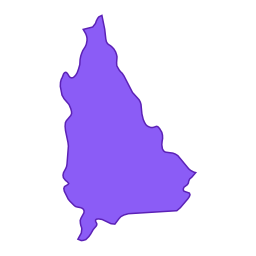 an SVG outline of Dâmbovita
{"feature_id": "ROU-130", "entity_name": "Dâmbovita", "entity_type": "County", "adm_level": 1, "iso_a3": "ROU", "parent_name": "Romania", "parent_adm1": "", "projection": "albers", "projection_center": [25.479, 44.942], "detail": "fine", "context": "isolated", "style": "filled", "palette": "violet", "viewbox_px": 256, "rotation_deg": 0, "n_neighbors": 0, "source": "natural_earth", "source_scale": "10m", "svg_char_len": 1975}
<svg xmlns="http://www.w3.org/2000/svg" viewBox="0 0 256 256"><path d="M195.7,172.6L191.7,177.3L189.8,178.8L188.8,180.9L188.3,183.2L187.3,184.7L184.0,187.2L183.4,188.6L183.3,190.0L184.0,191.2L189.4,193.1L190.0,194.8L189.3,196.7L187.8,198.9L180.3,207.7L176.8,210.7L128.4,213.7L123.9,215.0L120.9,216.6L119.1,218.5L114.9,224.1L111.0,223.7L102.2,219.5L98.6,218.9L96.4,219.2L95.6,220.0L95.6,221.4L96.8,223.7L96.8,224.9L96.1,226.2L94.0,228.6L93.0,229.9L90.6,234.1L88.9,236.5L85.8,239.6L83.1,240.4L81.3,240.6L77.9,239.2L81.3,233.0L81.8,228.9L81.5,227.3L80.8,225.4L80.4,223.4L80.2,220.4L81.0,218.2L83.9,212.9L84.1,210.9L83.4,209.3L82.2,208.3L80.8,207.7L77.2,207.0L75.5,206.5L74.2,205.5L69.9,201.2L68.2,199.1L64.3,191.2L63.8,188.5L64.5,186.6L68.1,184.4L68.7,183.4L67.3,181.8L65.5,180.4L63.4,177.7L63.0,175.2L63.5,172.7L65.8,168.4L66.6,166.4L67.0,164.1L68.4,146.1L68.0,142.6L65.5,130.6L65.1,126.3L65.4,122.7L66.4,120.7L70.8,115.5L71.6,113.6L71.5,111.5L70.8,108.8L69.0,104.5L64.1,98.8L62.0,95.1L60.3,86.4L60.5,82.2L61.3,79.2L62.1,77.8L63.6,73.9L64.4,72.9L65.3,72.3L66.4,72.5L67.4,73.5L69.2,76.4L70.3,77.5L71.6,77.9L73.1,77.6L74.4,76.6L75.9,74.9L77.2,72.7L78.5,69.1L79.8,64.6L80.1,59.4L80.8,55.9L81.8,53.0L82.8,50.6L85.3,46.6L86.3,44.3L87.0,40.6L87.0,38.0L86.5,35.8L85.7,33.7L83.2,29.4L92.7,27.0L95.5,23.4L96.3,21.0L97.7,18.3L98.8,16.9L101.9,15.4L104.7,29.2L105.8,39.0L106.4,41.7L107.5,43.6L109.0,44.8L110.6,45.8L112.1,47.1L113.8,48.9L115.6,51.9L116.5,54.5L117.0,56.7L116.9,58.5L116.6,62.7L116.8,65.8L119.1,69.9L120.5,71.7L122.2,73.3L124.0,76.0L132.5,92.5L139.1,99.8L140.3,102.1L141.0,104.5L141.9,113.9L143.2,119.4L144.4,122.2L145.8,124.6L147.3,126.0L148.9,126.8L150.8,127.5L152.6,127.5L154.3,127.1L155.6,126.6L156.8,126.3L158.1,126.9L159.6,128.6L161.8,132.3L162.5,135.2L162.6,138.5L162.1,141.5L161.8,144.7L162.4,148.8L163.6,150.9L165.3,152.1L172.8,153.1L175.2,154.0L177.8,155.6L188.7,168.8L190.6,170.4L193.8,172.1L195.7,172.6Z" fill="#8b5cf6" stroke="#5b21b6" stroke-width="1.5"/></svg>